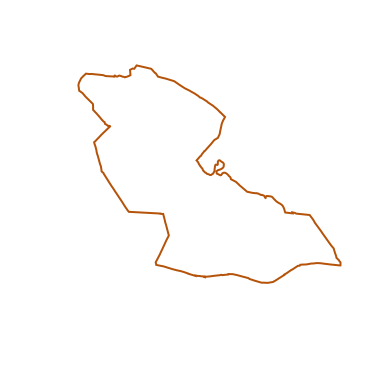 outline of Bērzgales pag., Rezeknes, Latvia, rotated 223°
{"feature_id": "27541924B18969922609426", "entity_name": "Bērzgales pag.", "entity_type": "district", "adm_level": 2, "iso_a3": "LVA", "parent_name": "Latvia", "parent_adm1": "Rezeknes", "projection": "natural_earth1", "projection_center": [27.495, 56.631], "detail": "fine", "context": "isolated", "style": "outline", "palette": "amber", "viewbox_px": 384, "rotation_deg": 223, "n_neighbors": 0, "source": "geoboundaries", "source_scale": "gbopen_adm2", "svg_char_len": 5854}
<svg xmlns="http://www.w3.org/2000/svg" viewBox="0 0 384 384"><g transform="rotate(223 192 192)"><path d="M90.3,255.4L100.6,247.6L101.5,247.1L102.6,246.8L104.7,245.6L103.8,245.0L109.8,240.6L110.3,240.8L111.6,241.6L112.7,242.3L113.7,242.8L115.2,243.4L115.7,243.6L116.4,243.7L116.9,243.8L117.6,243.8L119.5,243.6L121.2,243.1L123.1,242.8L123.7,242.7L124.4,242.7L127.5,242.8L128.1,242.9L129.9,243.0L130.5,242.9L131.3,242.5L132.9,241.4L133.7,240.8L134.4,240.1L134.7,239.9L134.8,239.3L134.7,238.7L134.5,238.3L134.1,238.0L134.1,237.8L134.5,237.7L135.2,237.9L136.1,238.4L137.0,238.3L137.3,238.3L138.1,237.9L138.9,237.6L139.4,236.9L139.7,236.9L140.3,236.7L140.6,236.6L141.0,236.4L142.3,236.1L142.5,236.0L142.8,235.9L143.1,235.6L143.3,235.4L143.5,235.4L144.0,235.2L144.6,234.5L147.2,232.6L151.8,229.8L160.3,229.4L161.4,229.3L162.4,229.4L163.9,229.4L166.2,229.4L166.7,229.4L167.6,229.2L172.3,227.9L172.9,228.4L173.3,228.6L173.8,228.8L174.1,228.9L174.6,229.0L175.6,228.9L176.3,228.9L176.9,229.1L178.5,229.1L179.6,229.0L181.0,228.6L181.6,228.1L182.1,227.5L182.3,227.0L182.5,226.3L182.3,225.5L182.3,224.8L182.2,224.3L182.7,223.5L185.4,222.8L186.4,222.4L186.6,222.5L187.1,222.8L188.1,223.8L188.2,224.0L188.1,224.3L187.9,225.7L187.6,226.2L187.2,226.9L186.8,227.5L186.1,229.4L185.9,231.1L186.0,231.7L186.4,232.5L186.6,232.7L186.8,233.0L187.1,233.3L187.3,233.6L187.4,233.8L187.8,234.2L188.6,234.5L189.3,234.6L189.8,234.6L190.4,234.4L190.8,234.3L191.3,234.2L192.8,234.2L193.7,233.8L193.9,233.5L194.0,233.2L193.9,232.1L193.8,231.9L193.7,231.7L193.4,231.4L193.1,231.1L192.7,230.7L192.5,230.4L192.4,230.3L192.3,230.2L192.1,230.0L192.0,229.7L191.9,229.4L192.0,229.3L192.1,228.9L192.5,228.8L193.1,228.4L193.3,228.2L193.3,227.6L193.1,227.2L192.8,226.7L192.5,226.2L191.0,224.0L190.2,223.2L189.8,222.6L189.6,221.9L189.6,221.4L189.2,220.4L189.1,220.1L189.1,219.7L189.3,219.4L189.4,218.7L189.5,218.3L189.7,217.4L190.0,217.0L190.5,216.7L190.9,216.5L191.3,216.5L191.8,216.4L192.3,216.1L193.0,215.7L193.5,215.5L193.8,215.5L194.5,215.6L194.8,215.5L195.2,215.3L195.6,215.3L196.0,215.2L196.6,215.2L196.9,215.3L197.2,215.3L197.8,215.2L198.2,215.3L199.0,215.5L199.3,215.7L199.7,215.9L200.5,216.2L201.5,216.2L201.7,216.3L201.9,216.4L202.4,216.4L203.3,216.5L203.6,216.5L203.8,216.7L204.6,216.9L205.5,217.0L207.0,217.6L207.8,217.9L208.7,218.0L209.7,218.2L210.2,218.2L210.3,222.2L210.4,223.3L210.1,224.9L210.6,226.4L210.6,227.8L210.8,229.9L210.9,230.2L210.6,230.8L210.7,233.6L210.8,239.7L211.1,244.8L211.1,245.3L210.0,249.2L211.2,253.1L212.6,255.3L214.0,257.6L215.6,260.3L216.4,261.5L217.1,263.0L218.0,265.4L219.0,269.4L225.7,269.6L225.8,269.5L227.4,269.6L229.5,269.7L229.9,269.7L230.1,269.7L235.5,269.4L241.5,268.4L242.5,268.5L245.8,267.9L249.4,267.2L250.0,266.9L250.5,266.6L251.0,266.6L252.3,266.5L253.6,266.5L254.1,266.3L256.9,265.9L261.3,264.8L263.1,264.4L267.8,263.0L271.0,262.4L275.1,261.7L280.6,260.9L288.4,257.1L292.1,255.0L295.5,253.2L298.4,253.8L299.4,254.1L299.6,254.0L300.5,253.8L304.4,254.2L305.8,254.3L308.8,252.6L311.4,251.1L318.5,247.0L318.8,246.8L318.3,242.7L319.7,241.7L319.8,241.4L320.6,239.0L317.0,235.8L316.7,235.5L316.9,234.9L317.1,234.6L317.2,234.0L317.9,232.6L318.5,231.4L319.0,230.8L319.1,230.5L319.3,230.1L319.9,229.9L320.8,229.5L321.4,229.0L323.0,228.4L324.3,227.7L324.6,227.5L324.7,227.3L324.9,227.0L325.1,226.2L325.3,225.6L325.5,225.3L326.3,224.8L326.9,224.7L327.4,224.7L327.8,224.6L327.9,224.4L327.7,224.2L327.5,223.8L327.4,223.5L327.4,223.4L327.7,223.1L328.0,223.1L334.2,217.9L336.8,216.8L344.8,210.7L346.0,209.8L347.2,208.5L350.3,206.2L350.4,204.0L350.5,203.4L350.6,199.6L349.9,197.2L349.2,194.9L348.0,192.7L343.5,189.1L341.9,189.4L340.6,189.5L339.6,189.7L334.9,189.1L327.4,188.9L324.6,188.8L324.0,188.4L322.5,186.9L320.3,184.6L315.1,184.3L309.4,183.7L306.9,183.3L306.7,183.4L305.1,183.2L303.5,183.5L303.1,183.1L302.7,182.9L302.0,182.5L301.9,182.5L301.7,182.5L301.4,182.6L301.0,182.8L300.6,183.0L300.4,183.0L299.9,182.9L299.6,182.9L299.4,183.0L298.9,183.2L298.7,183.2L298.4,183.1L298.2,183.0L297.9,183.2L297.7,183.4L297.7,183.5L297.5,184.0L297.3,184.1L297.1,184.1L296.8,184.2L296.6,184.1L296.6,183.8L296.7,182.9L297.1,176.2L297.3,172.4L297.3,170.2L297.4,162.7L297.5,161.6L295.9,160.6L293.6,159.4L290.6,157.5L288.7,156.0L286.6,154.7L286.2,154.6L284.6,153.6L283.1,152.7L281.7,151.8L278.1,149.6L276.1,148.6L274.9,147.7L272.1,145.4L269.7,145.5L268.8,145.1L264.2,143.9L260.4,142.9L258.6,142.4L254.2,141.3L252.2,140.9L250.1,140.4L249.3,140.1L246.4,139.5L242.3,138.5L237.6,137.4L233.4,136.3L231.1,135.7L229.0,135.2L228.8,135.2L226.6,134.7L224.7,134.4L200.4,154.7L200.2,154.5L199.7,154.9L199.3,155.2L198.1,156.3L192.8,152.9L191.1,151.7L188.5,150.2L179.3,144.4L178.9,143.1L178.0,139.8L175.8,133.1L174.6,129.5L174.3,128.5L173.3,125.4L173.1,125.0L170.6,115.8L168.7,114.5L168.5,114.3L166.4,115.5L162.1,118.2L153.8,122.2L149.9,124.3L146.2,126.5L143.2,128.0L140.0,129.4L139.6,129.7L139.1,129.6L137.0,130.7L136.1,131.1L132.2,133.0L132.6,133.3L130.9,134.3L129.2,135.7L127.7,136.7L125.4,138.6L125.1,138.1L124.4,138.5L125.0,139.0L123.6,140.0L121.1,142.8L119.0,145.4L115.2,149.8L113.9,151.6L113.2,151.8L110.9,154.5L109.1,156.5L109.2,156.8L109.3,156.9L106.2,159.7L102.3,162.0L97.9,164.3L92.0,167.5L90.6,167.6L89.8,168.0L87.3,169.2L86.7,169.4L79.3,173.1L76.8,175.4L75.1,176.8L74.0,178.0L72.9,179.5L72.5,180.0L72.1,180.5L71.5,181.3L71.0,182.7L71.0,182.9L70.7,183.7L70.1,185.9L69.5,188.4L69.0,190.2L67.9,194.4L68.2,194.5L67.4,197.2L66.4,201.9L65.6,204.4L64.2,210.2L63.0,211.5L63.2,212.6L62.6,213.3L58.8,217.2L56.0,221.0L54.5,222.5L52.6,224.7L52.0,225.4L49.5,227.5L45.3,230.5L45.2,230.6L40.1,234.3L38.6,235.5L35.0,238.2L33.4,239.5L34.1,240.5L35.2,241.6L35.8,241.9L36.6,241.9L38.2,242.3L41.5,242.4L42.8,243.4L46.1,245.1L50.0,247.4L52.0,247.6L53.7,247.8L59.7,249.0L68.5,250.8L71.0,251.4L81.1,253.3L82.0,253.6L84.6,254.4L90.3,255.4Z" fill="none" stroke="#b45309" stroke-width="2"/></g></svg>